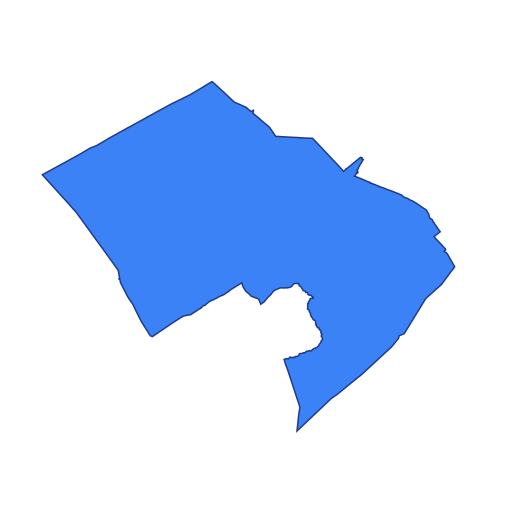 Åmot nor, Hedmark, Norway, rotated 258°
{"feature_id": "86288312B80993822941630", "entity_name": "Åmot nor", "entity_type": "district", "adm_level": 2, "iso_a3": "NOR", "parent_name": "Norway", "parent_adm1": "Hedmark", "projection": "orthographic", "projection_center": [11.34, 61.261], "detail": "fine", "context": "isolated", "style": "filled", "palette": "blue", "viewbox_px": 512, "rotation_deg": 258, "n_neighbors": 0, "source": "geoboundaries", "source_scale": "gbopen_adm2", "svg_char_len": 6022}
<svg xmlns="http://www.w3.org/2000/svg" viewBox="0 0 512 512"><g transform="rotate(258 256 256)"><path d="M204.2,448.1L217.4,443.9L217.6,443.8L218.0,443.7L218.7,443.3L219.1,443.3L219.3,443.0L219.9,442.5L220.4,442.0L220.7,441.6L220.7,441.4L221.1,441.1L221.6,441.2L222.2,442.1L222.6,442.9L222.8,443.0L222.7,443.0L224.0,442.5L225.8,441.3L229.2,439.4L233.2,436.9L234.7,436.0L235.7,435.3L238.0,434.2L241.4,441.2L245.0,439.6L246.6,439.0L248.4,438.3L250.1,437.4L250.9,437.3L251.4,437.2L252.1,436.6L252.8,436.3L254.5,436.1L254.9,435.9L256.7,434.2L257.8,433.7L260.5,433.7L261.9,433.5L262.9,432.9L265.2,432.5L269.9,427.9L273.4,424.7L276.2,421.8L277.3,420.6L279.0,418.0L279.5,417.7L280.3,416.8L281.3,415.4L282.4,413.5L283.2,412.7L285.6,410.8L290.0,404.2L294.3,397.4L295.9,395.1L297.0,393.2L299.5,389.5L302.5,384.9L303.3,383.6L303.5,383.1L303.7,383.3L303.9,383.3L304.9,381.9L305.6,380.6L307.9,377.5L313.3,369.5L313.6,368.9L314.0,369.4L314.6,370.3L315.0,370.5L315.6,371.0L315.8,371.0L316.6,371.9L316.1,372.6L317.0,373.2L317.5,373.1L318.8,372.3L319.0,372.5L319.1,372.9L319.4,373.4L320.4,374.3L320.7,374.5L321.1,374.5L321.8,375.2L328.1,381.0L329.1,379.5L329.9,380.2L330.8,378.7L322.7,363.1L322.5,362.1L322.1,361.9L320.5,359.2L323.7,357.5L330.4,353.5L359.4,335.8L361.2,328.4L363.4,320.7L364.9,314.9L365.6,312.5L367.5,305.3L368.1,303.5L368.2,302.9L368.9,300.2L379.1,296.0L389.0,288.3L389.7,287.9L393.8,284.6L396.6,282.5L396.9,282.9L399.0,283.9L399.2,283.7L398.6,282.8L398.5,281.9L398.8,280.8L399.5,280.3L401.0,278.9L401.7,278.6L402.2,278.0L402.4,278.0L402.6,277.7L403.0,277.6L403.5,277.2L411.2,266.6L422.4,258.9L433.6,250.9L435.3,249.6L435.7,249.2L434.7,246.0L431.0,235.6L428.5,227.9L427.5,225.3L422.2,204.2L418.7,192.5L417.9,189.8L417.8,189.4L417.6,188.6L417.5,188.4L416.3,184.6L414.9,179.9L414.5,178.3L414.0,177.1L410.3,164.8L410.1,164.3L409.3,161.7L408.0,157.0L406.6,152.6L406.2,151.2L406.0,150.8L405.8,150.0L405.5,148.6L405.1,147.5L404.8,146.6L404.3,145.2L403.9,143.7L402.7,139.7L402.5,139.2L402.2,138.5L402.2,138.2L401.8,136.8L401.0,134.6L397.2,123.2L396.0,116.1L392.0,104.2L379.9,63.9L372.7,68.1L371.6,68.7L358.5,76.3L357.9,76.6L355.2,78.3L353.1,79.4L350.2,81.2L339.4,87.3L337.0,88.8L325.7,93.9L324.8,94.2L322.0,95.6L318.4,97.1L291.5,109.1L270.7,118.2L262.8,118.0L262.5,117.7L262.1,117.1L261.5,117.6L261.2,118.0L258.3,117.9L244.0,121.7L241.5,122.5L233.8,125.7L232.1,126.0L222.9,128.3L215.5,130.3L200.0,136.0L198.7,137.9L207.6,159.7L212.0,171.3L212.3,173.4L212.4,175.9L212.3,177.9L212.1,179.8L213.7,183.6L214.4,185.7L215.2,187.5L215.8,189.0L216.3,190.9L216.6,191.4L217.1,192.2L217.9,193.5L218.4,194.4L218.3,194.7L218.4,195.8L218.7,196.6L219.2,197.1L220.4,199.5L220.7,199.8L221.3,201.4L221.4,202.1L222.0,204.1L222.1,204.8L222.0,205.2L222.5,206.3L223.0,208.9L223.8,210.9L224.5,214.4L224.8,216.2L225.7,218.6L226.4,220.1L226.9,221.6L227.6,223.0L228.0,223.5L228.7,225.3L232.5,236.0L232.7,236.6L229.7,236.8L228.7,237.1L227.9,237.1L226.5,237.7L223.6,238.7L219.8,241.8L217.9,242.7L215.1,246.9L214.8,247.4L214.4,248.2L213.4,249.6L207.8,250.7L209.3,254.1L210.0,255.3L211.5,256.9L213.0,258.8L214.7,261.8L215.6,262.9L217.0,264.5L217.7,265.5L218.3,266.5L218.7,267.5L218.9,268.1L219.2,270.1L219.6,271.6L219.7,273.0L219.7,273.8L219.5,274.4L218.9,276.6L218.6,279.4L218.3,279.8L218.3,280.4L218.3,282.3L218.5,283.6L218.8,284.3L219.4,285.3L220.5,286.4L220.8,287.1L221.0,287.8L221.0,288.9L220.8,289.6L220.5,290.3L220.3,291.0L220.2,291.7L220.3,292.0L219.1,292.2L218.3,292.1L217.9,292.2L217.5,292.4L217.2,293.1L216.9,293.3L215.5,293.9L215.0,294.0L214.7,294.2L214.0,294.5L212.5,294.9L212.1,295.3L211.6,296.4L211.3,296.7L211.1,296.8L210.3,297.0L210.0,297.1L209.9,297.3L209.8,298.2L209.3,298.7L208.7,298.8L207.7,298.8L207.0,299.3L206.8,299.6L206.6,300.0L206.4,300.8L206.4,301.4L205.3,302.0L203.7,303.5L203.0,302.9L202.7,302.9L202.6,302.7L203.0,302.2L203.2,301.0L203.2,300.9L202.9,300.2L202.6,300.0L202.5,299.7L202.0,299.6L201.7,299.4L201.1,298.8L200.7,298.2L200.4,297.9L199.9,297.7L199.5,297.8L199.2,297.8L199.0,297.6L198.9,296.9L198.7,296.6L196.7,296.4L196.2,296.1L195.1,296.0L194.1,295.4L193.5,295.4L193.1,295.5L192.6,296.4L192.1,296.7L191.7,296.8L190.9,296.6L190.4,296.6L189.0,297.4L188.3,297.2L187.5,297.1L186.7,297.2L186.2,297.5L185.4,297.4L184.8,297.6L183.2,298.5L182.2,298.6L181.7,298.8L181.5,299.0L181.1,299.9L180.9,300.1L180.4,300.4L179.8,300.5L178.2,300.4L176.7,300.7L176.5,300.3L176.3,300.1L175.3,300.8L174.3,300.8L173.7,301.3L173.3,301.2L173.1,301.3L172.9,301.7L172.7,301.9L172.6,302.4L172.4,302.5L172.2,302.8L171.5,302.9L171.4,302.9L171.0,302.6L170.6,302.7L170.2,303.1L169.9,303.6L169.5,304.0L169.2,304.0L168.2,303.7L167.5,303.4L166.3,304.3L166.0,304.3L165.8,304.1L165.6,303.8L165.5,303.7L164.6,303.7L164.4,303.5L164.3,303.2L164.0,303.1L163.4,303.3L163.2,303.6L162.3,303.9L160.8,303.8L160.6,303.4L159.7,302.9L159.4,302.2L159.2,302.0L158.6,301.6L158.0,301.4L157.6,301.0L157.1,300.3L156.5,299.6L155.9,299.1L154.9,298.3L154.6,297.6L154.2,297.2L154.0,296.5L153.9,296.3L153.9,295.9L153.7,295.1L153.6,294.5L153.3,293.7L153.4,292.9L153.1,292.5L152.6,292.2L152.5,291.8L152.5,291.2L152.0,290.9L151.7,290.3L151.7,290.0L151.9,289.5L152.3,289.0L152.4,288.7L152.0,287.7L152.1,287.4L152.3,286.3L152.3,286.1L152.2,285.8L152.2,285.5L152.0,285.1L151.7,284.5L151.2,284.2L151.1,283.6L151.2,283.3L151.5,282.9L151.5,282.6L151.3,282.0L151.3,281.4L151.1,280.6L151.5,278.6L151.4,278.3L149.7,276.9L149.3,275.9L149.2,275.6L149.2,275.2L149.4,274.7L149.5,274.0L149.2,273.7L149.1,273.3L149.2,272.8L148.9,272.3L148.9,272.0L149.2,271.5L148.9,271.3L148.8,271.0L149.1,270.7L149.1,270.1L149.3,269.6L149.7,268.9L150.0,268.6L150.1,268.0L150.0,267.8L149.6,267.4L149.2,267.2L148.8,266.8L148.7,266.5L148.6,265.9L149.0,265.5L149.3,263.5L149.3,263.3L149.0,262.4L149.0,262.0L142.9,262.5L140.5,263.0L127.1,264.5L99.0,267.5L92.2,264.9L76.3,259.7L101.2,300.4L101.7,301.8L103.8,306.7L115.4,329.2L117.6,333.8L133.1,359.9L138.7,369.4L145.8,378.3L148.2,379.4L149.2,384.8L179.1,413.2L189.5,431.4L199.8,443.1L203.6,447.6L204.2,448.1Z" fill="#3b82f6" stroke="#1e3a8a" stroke-width="1.5"/></g></svg>